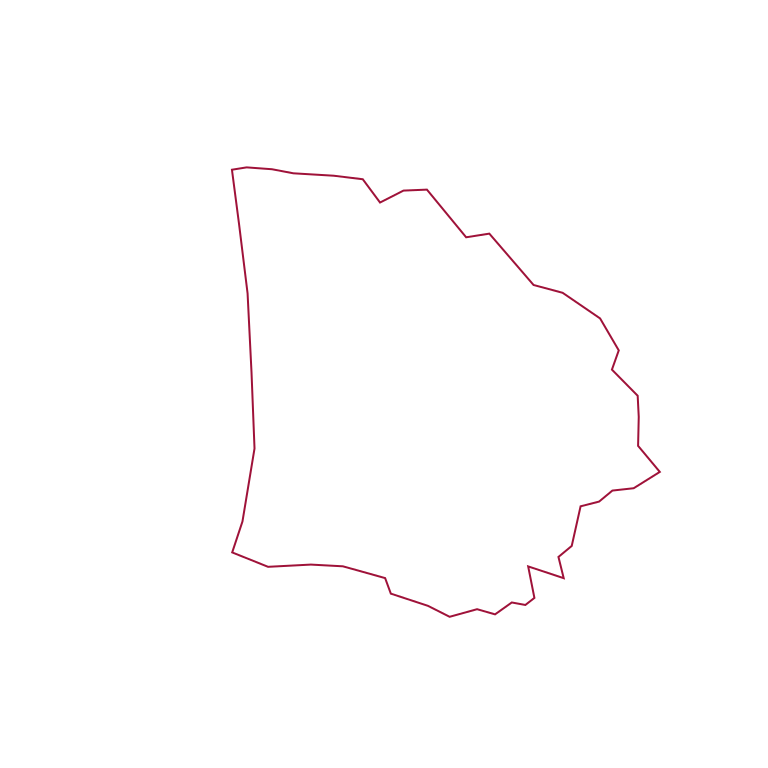 outline of Kazivera, Cyprus, rotated 328°
{"feature_id": "46923920B14139084564412", "entity_name": "Kazivera", "entity_type": "district", "adm_level": 2, "iso_a3": "CYP", "parent_name": "Cyprus", "parent_adm1": "", "projection": "natural_earth1", "projection_center": [32.913, 35.174], "detail": "fine", "context": "isolated", "style": "outline", "palette": "rose", "viewbox_px": 768, "rotation_deg": 328, "n_neighbors": 0, "source": "geoboundaries", "source_scale": "gbopen_adm2", "svg_char_len": 754}
<svg xmlns="http://www.w3.org/2000/svg" viewBox="0 0 768 768"><g transform="rotate(328 384 384)"><path d="M356.1,638.2L376.6,637.0L386.8,646.3L398.2,645.1L409.6,615.1L433.5,643.9L440.3,623.1L457.4,620.8L472.2,605.8L485.9,591.9L504.1,597.7L521.2,595.4L540.5,604.7L571.3,604.7L566.7,571.1L582.6,546.9L592.9,528.4L584.9,492.6L600.9,479.9L602.0,442.9L583.8,401.3L563.3,379.3L558.7,349.3L553.0,312.3L531.4,303.1L523.4,241.9L503.0,230.3L476.8,228.0L474.5,199.1L451.7,180.7L418.8,157.3L402.8,142.5L382.3,127.5L368.6,121.7L345.9,171.4L316.3,234.9L277.6,304.3L240.0,370.1L191.1,425.6L166.0,446.4L188.8,477.6L226.3,498.4L252.5,516.8L282.1,549.2L278.7,565.4L303.7,595.4L316.3,616.2L343.6,624.3L356.1,638.2Z" fill="none" stroke="#9f1239" stroke-width="2"/></g></svg>